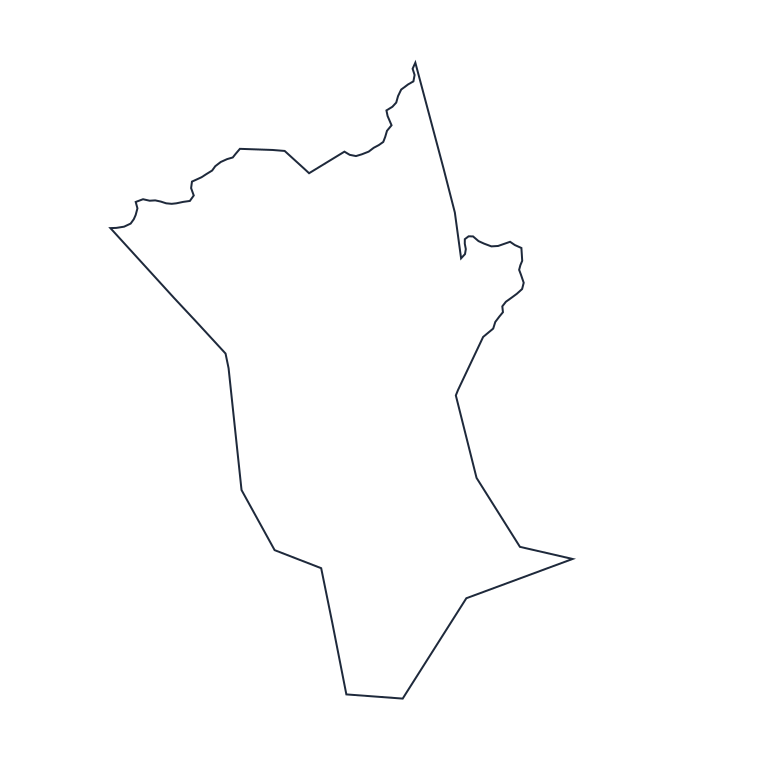 Utinga, Bahia, Brazil, rotated 60°
{"feature_id": "56859067B43772333404859", "entity_name": "Utinga", "entity_type": "district", "adm_level": 2, "iso_a3": "BRA", "parent_name": "Brazil", "parent_adm1": "Bahia", "projection": "orthographic", "projection_center": [-41.139, -12.037], "detail": "fine", "context": "isolated", "style": "outline", "palette": "slate", "viewbox_px": 768, "rotation_deg": 60, "n_neighbors": 0, "source": "geoboundaries", "source_scale": "gbopen_adm2", "svg_char_len": 1437}
<svg xmlns="http://www.w3.org/2000/svg" viewBox="0 0 768 768"><g transform="rotate(60 384 384)"><path d="M112.2,543.0L205.0,522.7L236.0,515.5L278.4,506.0L292.6,510.7L404.6,560.4L473.2,561.8L512.1,530.5L564.7,548.1L599.8,560.1L634.0,571.8L665.8,525.1L662.1,518.1L610.7,419.8L629.8,308.2L593.0,347.7L511.6,350.8L429.8,327.5L426.2,322.9L392.8,274.6L390.6,261.7L385.9,256.6L383.2,250.2L381.3,245.1L375.9,242.7L373.7,237.3L373.0,230.1L372.3,223.9L370.8,216.9L366.2,212.4L357.6,210.7L352.7,209.9L349.3,206.5L346.4,202.7L334.9,197.0L329.1,201.2L323.9,203.7L321.5,216.2L318.5,222.2L312.4,227.2L307.5,230.7L300.7,233.1L298.4,236.9L299.0,241.6L302.9,243.9L308.1,245.7L312.0,248.9L313.7,254.4L270.9,236.9L227.2,224.7L121.4,196.2L125.3,201.6L131.7,203.0L136.6,207.2L136.6,213.4L137.6,221.9L141.7,227.9L146.4,232.7L148.1,238.1L148.3,245.1L153.7,246.9L163.7,248.1L166.2,254.8L170.6,259.4L174.0,263.6L174.5,269.1L174.3,274.8L175.1,281.1L174.0,288.3L172.6,294.3L168.4,299.1L163.0,302.1L164.0,343.5L159.1,345.0L132.5,353.5L125.6,363.5L108.3,391.2L110.5,397.4L112.2,401.7L110.8,407.4L110.1,414.4L111.0,421.2L113.2,426.1L113.4,432.9L113.7,438.6L113.2,444.1L112.7,449.1L117.9,453.1L125.6,454.5L128.4,460.6L125.9,466.8L123.7,473.5L121.8,477.8L118.6,482.3L114.4,486.1L110.6,490.3L108.1,495.3L103.5,500.3L102.2,508.0L108.6,509.7L113.5,514.6L116.2,518.3L118.4,523.2L117.8,530.4L115.0,537.7L112.2,543.0Z" fill="none" stroke="#1e293b" stroke-width="2"/></g></svg>